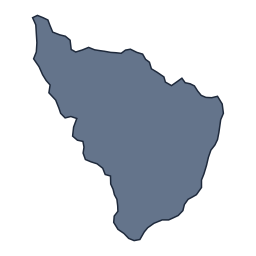 Embaúba, São Paulo, Brazil (Robinson projection)
{"feature_id": "56859067B66674358834369", "entity_name": "Embaúba", "entity_type": "district", "adm_level": 2, "iso_a3": "BRA", "parent_name": "Brazil", "parent_adm1": "São Paulo", "projection": "robinson", "projection_center": [-48.853, -20.954], "detail": "fine", "context": "isolated", "style": "filled", "palette": "slate", "viewbox_px": 256, "rotation_deg": 0, "n_neighbors": 0, "source": "geoboundaries", "source_scale": "gbopen_adm2", "svg_char_len": 1312}
<svg xmlns="http://www.w3.org/2000/svg" viewBox="0 0 256 256"><path d="M37.4,15.4L32.6,17.7L35.8,24.9L36.4,34.8L36.9,42.8L36.3,52.0L33.6,58.8L39.1,66.8L42.6,74.7L46.1,80.4L50.1,85.0L48.9,92.8L55.7,100.1L58.9,108.1L60.7,113.4L65.1,117.9L70.9,116.5L76.8,118.5L73.6,127.1L72.6,136.1L77.4,140.2L82.9,141.4L84.0,147.1L83.1,153.1L85.4,159.5L90.9,161.8L97.1,163.8L102.7,168.2L105.2,174.5L110.5,176.0L110.7,184.0L113.1,189.3L114.4,194.7L116.9,199.3L117.7,206.0L117.9,211.3L114.2,216.1L113.7,222.4L118.0,229.4L123.9,233.4L128.7,238.4L134.1,240.6L139.9,239.5L144.2,232.0L147.7,227.7L153.9,223.3L162.2,219.9L168.7,219.9L173.1,217.9L178.2,215.5L182.9,210.6L184.4,204.5L188.1,199.3L192.2,197.1L196.4,194.7L201.5,187.5L201.5,180.0L203.9,174.0L206.5,165.4L208.4,157.3L210.9,150.1L214.9,145.0L217.5,139.6L218.9,132.4L220.7,119.7L223.4,113.3L222.2,104.0L217.5,96.3L211.7,97.7L205.9,97.4L201.2,95.4L197.7,91.1L194.4,85.9L190.2,83.8L185.1,82.7L181.9,78.2L176.9,81.8L171.5,85.6L165.4,82.1L163.9,76.9L157.6,72.6L151.4,68.8L149.4,62.2L145.6,59.4L142.6,54.1L136.9,52.4L130.4,49.2L125.5,50.1L121.2,53.3L115.6,52.7L110.7,52.4L104.6,51.3L99.6,50.6L94.6,49.8L88.6,47.4L82.2,50.0L75.7,52.0L71.2,49.5L70.1,40.2L65.3,36.2L59.6,34.8L52.7,32.1L49.8,25.1L47.9,20.0L43.1,17.7L37.4,15.4Z" fill="#64748b" stroke="#1e293b" stroke-width="1.5"/></svg>